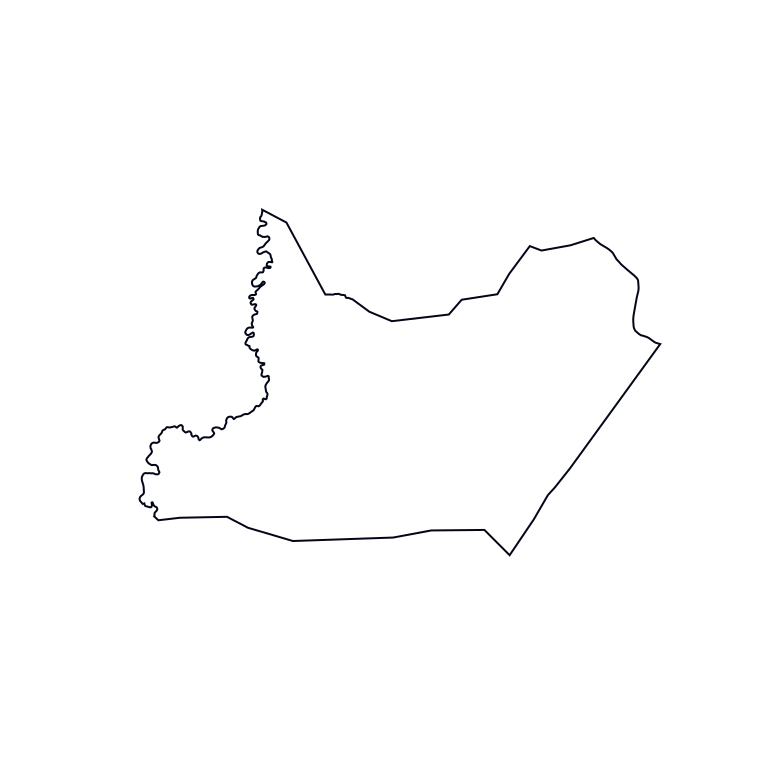 outline of Orxon, Selenge, Mongolia, rotated 321°
{"feature_id": "93677404B79520329035093", "entity_name": "Orxon", "entity_type": "district", "adm_level": 2, "iso_a3": "MNG", "parent_name": "Mongolia", "parent_adm1": "Selenge", "projection": "robinson", "projection_center": [105.368, 49.049], "detail": "fine", "context": "isolated", "style": "outline", "palette": "ink", "viewbox_px": 768, "rotation_deg": 321, "n_neighbors": 0, "source": "geoboundaries", "source_scale": "gbopen_adm2", "svg_char_len": 6166}
<svg xmlns="http://www.w3.org/2000/svg" viewBox="0 0 768 768"><g transform="rotate(321 384 384)"><path d="M121.0,325.3L122.6,326.0L122.0,327.2L121.7,328.3L122.1,329.2L124.6,332.6L125.3,333.1L125.8,333.2L126.9,332.6L127.8,331.6L128.5,330.1L129.2,329.9L129.4,330.0L129.6,330.3L128.8,333.0L128.7,333.9L128.9,335.0L129.4,335.9L129.7,337.0L129.4,338.1L128.8,338.8L127.9,339.3L124.7,339.8L123.3,341.1L122.9,341.8L122.1,342.1L122.9,347.9L141.2,359.5L178.4,388.4L187.8,410.1L214.4,448.7L294.5,509.1L328.5,527.5L370.2,560.6L373.9,596.1L415.2,583.5L441.4,573.5L451.8,571.9L475.5,566.6L623.8,526.8L621.1,522.9L620.5,521.4L618.9,515.4L618.0,513.1L615.4,509.1L614.3,507.8L613.6,505.4L612.8,500.9L613.0,499.5L613.5,497.8L614.0,496.7L616.9,492.5L618.7,490.2L621.6,487.3L634.8,475.9L640.4,471.6L642.4,469.5L646.2,464.1L646.8,462.9L647.1,461.0L646.8,457.6L645.1,449.0L643.6,440.4L643.5,437.2L643.2,433.4L644.3,426.1L644.1,424.2L643.5,421.0L642.7,418.4L640.1,411.3L639.0,405.5L638.9,402.5L616.3,393.6L590.4,379.4L584.1,368.6L550.6,377.2L528.6,385.6L497.4,367.4L478.1,370.8L429.6,340.1L418.1,318.6L412.8,298.3L412.2,297.5L410.5,294.6L409.1,293.6L408.8,292.8L409.5,290.6L408.9,289.7L406.6,287.5L405.7,285.7L405.1,285.0L403.9,284.4L402.5,283.1L401.7,283.0L400.6,282.4L394.7,277.5L409.8,197.1L399.0,171.9L397.9,173.4L395.2,175.7L394.4,176.2L392.9,176.5L392.1,177.0L390.7,179.1L390.7,179.4L390.9,179.8L393.2,182.5L393.4,183.4L394.0,184.2L393.6,185.4L393.1,185.8L391.7,185.9L390.8,185.6L389.8,185.1L387.5,183.6L386.0,183.6L383.4,184.6L382.1,185.7L380.6,187.7L380.2,188.5L380.3,189.3L381.1,190.4L382.2,193.2L384.2,194.9L385.3,195.5L386.5,196.0L387.0,197.6L386.7,198.5L386.2,199.2L385.4,199.7L384.6,199.9L380.5,200.3L377.1,201.2L375.6,201.0L373.0,200.0L371.1,200.2L369.7,200.7L368.7,201.6L368.4,202.4L368.4,203.4L368.7,204.2L369.6,204.9L370.7,205.4L372.8,205.6L375.2,206.4L375.8,206.7L376.1,207.5L377.2,211.2L377.0,212.2L375.7,214.7L375.5,216.1L374.6,217.5L374.1,218.8L373.9,219.0L373.6,219.0L372.4,217.5L371.0,216.5L370.4,216.4L368.7,216.8L367.5,218.0L367.5,218.5L368.0,219.7L369.6,221.3L369.5,221.7L369.1,222.0L368.5,222.1L367.4,221.5L365.7,219.2L365.1,218.7L364.1,218.3L363.1,218.5L361.6,220.3L360.5,220.9L359.8,220.8L357.7,219.1L356.6,218.9L355.2,219.1L353.2,219.8L351.4,221.0L350.5,221.0L347.9,220.7L346.9,220.8L345.8,221.4L344.6,222.9L344.2,224.0L344.0,225.0L344.3,226.2L344.9,227.0L347.4,228.6L350.4,229.2L353.8,228.4L354.5,228.4L354.9,228.8L355.2,229.7L355.1,230.2L353.9,230.9L348.9,230.6L346.8,231.1L342.6,231.4L342.1,231.6L341.8,232.0L341.2,233.6L340.8,233.8L339.5,233.5L337.7,231.9L336.0,231.1L334.9,231.2L334.2,231.4L333.5,232.1L333.4,232.5L333.5,233.0L334.0,233.6L334.8,233.8L336.3,234.5L336.3,235.4L335.9,236.1L335.5,236.3L333.3,236.2L332.3,236.4L331.5,236.8L331.1,237.5L331.0,238.9L331.5,239.4L334.3,241.0L334.5,241.4L334.6,241.8L334.4,242.2L333.6,242.7L331.2,243.4L330.7,243.9L330.4,244.6L330.3,246.1L330.4,246.7L330.8,247.2L331.1,248.1L330.5,248.8L330.1,249.2L329.5,249.5L329.0,249.4L327.0,248.5L325.9,248.3L324.9,248.4L324.2,248.7L323.5,249.3L322.2,251.9L321.8,252.3L319.2,253.8L318.3,255.6L318.2,257.1L318.1,257.5L317.8,257.6L317.4,257.6L314.9,255.4L313.7,254.9L312.8,254.8L311.6,255.0L309.0,256.2L308.4,256.8L308.2,259.1L308.7,260.0L309.4,260.6L310.6,261.0L314.1,261.3L314.6,261.6L314.8,262.0L314.7,262.6L314.2,263.5L313.2,264.4L312.8,264.6L311.7,264.5L311.0,264.2L309.3,263.0L307.9,262.6L305.9,263.1L304.9,263.8L303.7,264.1L302.5,264.7L301.8,265.3L301.5,265.8L301.5,266.5L302.3,267.8L302.6,268.9L303.3,269.9L302.3,271.3L302.3,272.7L302.6,273.9L303.5,275.7L304.1,276.4L304.8,276.7L307.0,277.2L307.5,277.5L307.6,277.8L307.4,278.2L306.9,278.7L304.9,279.0L303.9,279.6L303.1,280.4L302.4,281.6L302.3,282.3L302.9,283.9L303.0,284.7L302.7,285.2L301.0,286.9L300.6,287.6L300.6,288.3L301.1,289.5L303.1,291.7L303.8,292.2L304.0,292.6L303.4,293.3L302.8,293.5L300.6,292.5L300.1,292.4L299.4,292.5L298.6,293.2L298.2,294.3L298.4,296.6L297.4,297.4L297.0,297.9L294.5,299.7L294.2,300.4L294.6,302.0L294.9,302.7L296.7,303.8L298.5,304.4L299.1,304.9L299.2,305.4L298.9,306.0L298.1,306.9L297.5,308.2L297.0,308.7L296.5,308.9L293.1,309.7L291.5,310.3L290.2,311.2L287.7,315.5L287.5,316.2L287.5,317.2L287.2,318.4L286.4,319.3L284.6,320.3L284.1,321.1L283.6,321.5L282.5,321.5L282.0,320.9L281.4,319.6L280.8,319.5L279.9,319.8L279.5,320.3L279.4,320.8L279.0,321.2L278.2,321.5L276.8,321.7L274.0,322.5L272.5,322.4L271.5,321.1L270.6,320.7L269.5,320.9L266.2,322.3L260.2,321.9L259.3,321.6L258.4,321.1L257.5,320.2L256.6,319.7L255.2,319.2L252.6,318.9L248.4,316.7L245.7,316.9L245.2,316.6L245.2,314.2L244.5,313.0L242.6,311.8L241.5,311.6L240.7,311.7L238.6,312.8L237.8,313.7L237.6,314.4L237.1,314.9L234.2,316.4L232.9,317.4L232.2,317.6L230.9,317.6L229.3,317.0L228.2,314.1L226.9,312.7L226.0,311.8L223.7,310.9L222.9,310.9L221.6,311.7L221.3,312.4L221.2,314.6L221.0,315.5L220.3,315.9L218.2,316.4L215.9,316.2L214.3,315.4L210.8,312.3L209.6,311.8L208.1,311.5L206.0,311.8L205.2,311.5L205.2,310.2L205.8,309.2L206.1,308.2L206.1,306.9L205.7,306.2L205.1,305.5L202.7,304.9L202.3,304.5L202.1,303.7L202.5,301.9L203.2,301.2L203.4,299.3L203.2,298.6L202.6,298.0L199.7,297.1L199.3,296.8L199.1,296.3L198.7,293.6L198.8,292.9L200.8,290.4L200.9,289.2L200.7,288.6L200.2,288.0L199.1,287.7L198.2,287.5L195.7,287.6L195.4,287.4L195.2,286.9L195.0,285.6L194.6,285.1L193.8,284.7L193.0,284.4L190.5,283.2L189.7,282.6L188.4,281.1L187.5,280.9L185.2,281.4L183.2,280.8L182.1,281.0L180.4,282.1L176.7,282.6L175.4,283.3L174.9,284.1L173.9,286.8L172.5,287.3L170.9,287.0L169.9,286.4L168.2,284.6L166.9,284.1L165.4,284.1L163.4,285.2L162.8,286.1L162.1,287.2L162.1,288.1L161.3,290.2L160.8,290.8L158.8,291.6L155.9,291.9L153.0,292.6L152.1,293.0L151.5,293.5L151.3,294.5L151.1,296.6L151.4,298.3L152.3,300.7L154.7,302.4L155.7,303.5L156.0,304.4L156.0,306.2L154.8,308.2L154.3,309.4L154.2,310.5L153.8,311.4L152.2,312.0L151.3,311.8L149.7,310.5L148.9,308.9L148.1,307.8L146.8,306.9L145.8,305.8L144.0,304.5L142.7,303.2L141.7,302.7L140.5,302.6L138.8,303.2L137.2,304.0L136.3,304.9L135.2,306.5L133.2,311.4L131.9,313.5L129.1,317.3L128.4,317.8L127.3,318.1L124.4,318.1L123.0,318.5L121.8,319.4L121.2,320.3L120.9,321.3L121.0,325.3Z" fill="none" stroke="#020617" stroke-width="2"/></g></svg>